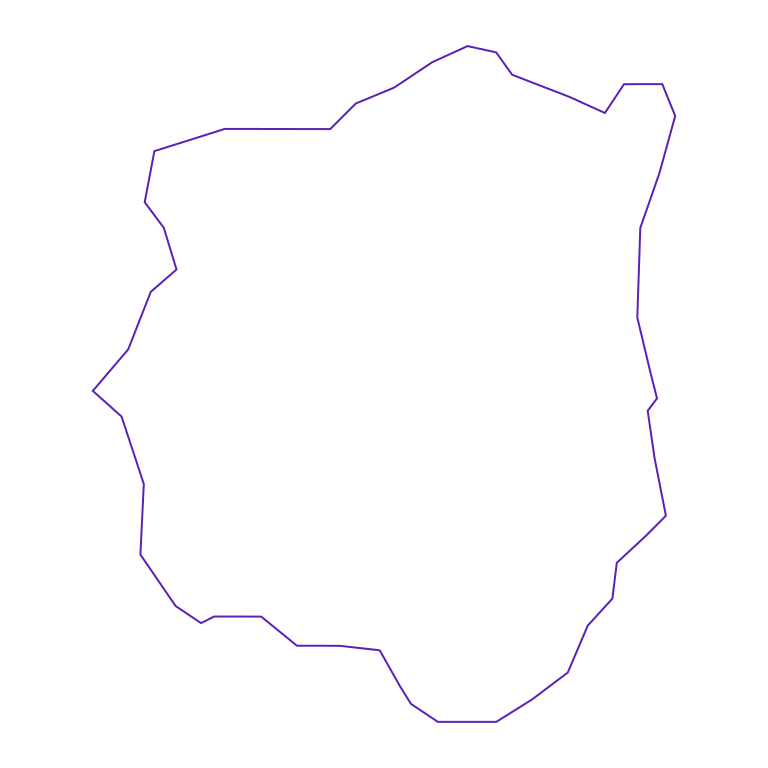 Tidaholm, Västra Götaland, Sweden (Albers equal-area conic projection)
{"feature_id": "70781695B48750252514095", "entity_name": "Tidaholm", "entity_type": "district", "adm_level": 2, "iso_a3": "SWE", "parent_name": "Sweden", "parent_adm1": "Västra Götaland", "projection": "albers", "projection_center": [13.988, 58.167], "detail": "fine", "context": "isolated", "style": "outline", "palette": "violet", "viewbox_px": 768, "rotation_deg": 0, "n_neighbors": 0, "source": "geoboundaries", "source_scale": "gbopen_adm2", "svg_char_len": 730}
<svg xmlns="http://www.w3.org/2000/svg" viewBox="0 0 768 768"><path d="M409.8,702.0L411.1,704.0L437.9,721.9L496.2,721.9L532.0,699.5L567.8,672.5L587.8,625.5L612.4,598.6L616.8,562.8L645.8,535.9L665.9,515.7L654.5,457.7L647.7,410.8L657.0,398.4L650.3,371.9L637.3,317.5L640.3,227.9L659.3,173.5L675.2,116.0L662.3,84.1L624.0,84.2L604.9,113.0L569.7,97.0L512.2,74.8L496.2,52.4L467.5,46.1L432.4,62.1L394.1,87.6L355.8,103.5L343.6,115.7L330.2,129.1L224.8,128.9L154.4,151.1L144.7,202.2L163.8,227.8L176.5,269.5L150.8,291.8L128.2,349.4L92.8,390.9L121.6,416.6L143.8,484.0L140.4,554.6L175.6,606.0L201.0,623.1L214.2,616.5L261.2,616.6L296.9,645.7L339.5,645.8L379.7,650.3L399.9,686.1L409.8,702.0Z" fill="none" stroke="#5b21b6" stroke-width="2"/></svg>